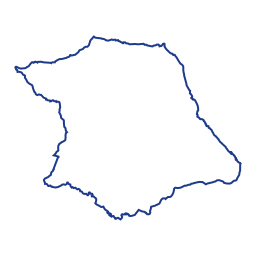 North Efate, Shefa, Vanuatu
{"feature_id": "77236927B73770222811595", "entity_name": "North Efate", "entity_type": "district", "adm_level": 2, "iso_a3": "VUT", "parent_name": "Vanuatu", "parent_adm1": "Shefa", "projection": "natural_earth1", "projection_center": [168.415, -17.573], "detail": "fine", "context": "isolated", "style": "outline", "palette": "blue", "viewbox_px": 256, "rotation_deg": 0, "n_neighbors": 0, "source": "geoboundaries", "source_scale": "gbopen_adm2", "svg_char_len": 5715}
<svg xmlns="http://www.w3.org/2000/svg" viewBox="0 0 256 256"><path d="M240.6,163.5L240.2,163.0L239.0,162.6L238.3,162.0L237.6,161.6L236.7,159.5L236.4,159.4L235.8,159.6L235.7,159.0L236.0,158.4L236.0,158.0L235.3,157.7L235.0,156.5L234.5,156.2L234.3,155.4L233.7,155.2L233.1,154.4L232.3,153.8L231.7,152.5L231.2,152.0L230.9,152.0L231.7,153.5L231.7,153.9L231.4,154.0L229.6,152.0L228.6,151.3L225.8,147.5L225.6,146.9L222.2,143.8L221.4,142.8L220.7,142.5L219.9,141.6L218.5,139.5L218.5,139.2L217.8,138.7L217.1,137.6L216.5,137.2L215.6,136.0L214.3,135.3L213.7,134.2L213.2,133.0L212.7,132.4L211.4,129.7L210.4,129.1L209.7,128.1L209.0,128.0L208.6,127.7L208.5,126.2L208.0,126.0L206.6,126.1L206.2,125.6L206.2,124.2L205.3,123.7L205.2,122.6L204.8,122.3L204.5,121.4L203.8,121.1L203.7,120.3L203.4,119.9L202.8,119.7L202.2,119.2L200.1,119.1L199.4,118.0L199.0,117.8L198.7,117.4L197.5,116.9L197.3,116.5L197.7,115.3L197.5,114.6L196.9,114.2L197.4,111.3L198.1,110.6L198.2,110.3L198.1,108.2L197.8,106.2L196.9,103.8L195.0,100.2L193.5,99.2L193.2,99.3L193.2,99.6L192.9,99.6L192.1,98.4L191.4,98.3L191.3,97.9L191.8,97.6L191.9,97.1L192.2,96.9L192.1,96.1L191.0,94.2L190.1,93.7L189.9,93.4L190.1,90.7L189.5,90.3L189.1,89.8L186.6,85.3L186.3,83.4L184.2,75.7L184.0,73.7L183.7,73.0L183.3,70.4L183.3,67.1L183.1,66.1L182.2,64.8L180.4,63.6L178.7,61.1L176.5,57.3L175.5,56.2L174.8,54.9L174.1,54.8L173.2,55.0L172.5,53.8L171.9,53.5L171.1,53.5L170.1,52.9L166.5,49.4L165.4,48.0L165.2,47.3L164.7,46.9L164.5,46.4L164.6,44.1L164.0,43.6L163.0,43.9L162.3,45.0L161.3,46.0L159.6,46.3L159.6,45.5L159.5,45.3L158.9,45.2L158.1,44.5L156.5,44.7L155.7,45.3L153.3,45.7L152.6,46.4L152.0,46.4L147.1,45.4L146.9,45.0L146.3,44.7L144.5,44.8L143.8,43.9L143.4,43.8L138.2,44.3L135.0,44.0L129.7,44.3L128.0,43.5L126.1,43.3L125.2,42.4L123.6,42.3L123.4,42.6L123.3,43.2L122.7,43.2L122.3,42.9L121.9,42.4L120.6,42.0L119.6,41.2L118.5,41.1L118.2,40.2L116.5,40.3L115.8,40.5L115.3,39.7L112.7,39.9L111.8,39.5L109.1,40.4L108.1,40.6L107.0,40.5L106.0,40.3L105.6,39.9L104.3,39.2L103.0,38.8L101.9,38.8L101.3,38.4L95.4,37.7L94.8,37.4L94.2,36.7L93.7,36.6L91.9,38.9L91.1,39.6L90.3,40.7L88.9,45.2L87.5,46.7L85.6,46.8L84.1,47.6L82.9,49.0L79.4,50.3L78.4,52.1L75.3,54.7L71.8,55.5L71.2,55.5L70.8,55.1L70.4,55.0L69.9,55.4L69.6,56.3L69.0,56.8L67.3,57.3L66.6,57.8L61.4,59.1L60.0,59.0L58.1,59.7L55.3,61.4L54.9,62.3L52.4,62.3L51.3,62.8L51.2,63.1L50.5,62.8L43.0,62.3L42.2,61.9L40.9,61.9L40.6,61.7L39.3,61.9L38.3,61.8L37.7,62.0L37.5,62.5L37.0,62.1L36.2,62.1L35.6,61.7L34.9,62.2L34.3,62.0L33.7,62.7L33.4,62.8L32.4,62.2L32.1,62.2L30.8,63.4L28.7,66.2L26.9,67.1L25.7,68.0L25.2,68.2L20.7,68.6L18.6,67.9L16.4,66.8L15.7,66.9L15.4,67.4L16.3,69.7L17.2,70.0L17.3,70.2L17.5,71.9L19.2,71.8L21.2,72.3L21.7,72.7L23.3,74.9L24.6,75.2L25.0,75.8L24.9,77.7L26.1,79.4L27.4,82.0L29.5,83.8L31.7,84.9L32.4,85.7L33.3,89.2L33.9,90.6L34.2,91.6L34.4,92.0L35.2,92.5L35.7,94.0L36.6,94.8L37.3,95.1L38.9,94.4L40.3,94.9L41.1,94.9L43.7,97.7L45.9,98.5L46.0,99.6L47.1,99.6L47.4,100.2L50.1,100.6L50.2,101.4L51.3,101.2L52.5,100.3L53.3,100.3L54.1,101.1L54.6,101.2L55.5,101.4L56.0,101.1L56.5,102.0L57.5,101.6L59.3,102.1L59.8,103.7L60.2,107.5L59.5,109.2L59.7,110.4L59.2,112.4L60.8,115.4L61.1,117.7L61.4,118.2L63.6,120.0L63.9,120.9L63.9,123.4L64.3,126.9L65.4,128.0L65.6,128.6L65.7,130.2L66.4,131.6L67.0,132.2L65.9,133.0L65.5,135.6L65.6,137.5L65.3,140.0L64.7,140.6L62.1,142.1L61.5,142.2L60.5,143.3L59.4,143.7L58.2,146.2L58.2,149.2L58.4,150.3L58.0,150.9L56.6,151.8L55.7,153.5L53.8,155.4L56.1,155.9L59.3,156.9L58.5,157.0L57.8,157.8L54.0,167.8L53.7,169.5L53.2,169.6L53.0,170.8L51.3,172.4L50.9,174.6L50.7,175.1L49.5,175.8L48.4,176.9L44.9,178.6L44.2,179.5L43.9,180.1L44.0,180.8L44.8,182.2L45.0,183.9L46.2,183.8L47.0,184.2L48.3,186.0L49.1,186.0L50.1,185.5L50.7,185.8L51.2,186.5L52.0,186.6L52.1,186.9L55.6,187.5L58.0,187.0L60.8,185.7L62.2,184.6L63.7,184.4L65.3,184.8L66.5,184.2L67.0,183.3L67.2,182.6L67.8,182.5L68.7,184.0L70.3,184.5L70.6,186.3L71.7,187.6L72.6,187.1L73.6,188.1L75.4,187.7L77.1,189.3L77.4,189.4L78.6,188.9L79.8,189.7L80.2,191.3L81.5,191.4L82.0,191.8L82.8,193.2L83.6,193.7L84.9,193.9L86.3,193.8L87.5,195.2L88.0,195.2L88.7,194.3L88.8,192.7L89.2,192.4L89.7,192.4L90.6,193.7L92.2,193.8L92.3,194.0L92.6,194.8L92.4,195.3L91.7,195.8L91.8,196.4L93.8,196.5L94.5,197.3L95.9,198.4L96.2,199.0L96.1,201.2L95.7,202.5L95.3,203.1L96.1,204.1L97.6,205.0L99.7,206.0L100.5,206.7L101.8,207.0L103.4,206.6L104.1,208.1L105.4,209.8L105.9,210.2L106.5,210.4L108.1,211.6L108.1,211.9L107.3,212.4L107.4,212.9L107.7,213.2L108.1,213.4L108.8,213.2L109.9,213.3L111.1,214.3L111.1,214.7L109.3,214.9L109.3,215.2L111.6,216.7L112.4,216.2L113.5,216.0L114.3,217.3L115.0,217.7L115.1,218.6L115.3,218.8L116.5,218.6L117.2,217.9L118.3,217.9L119.8,219.0L120.5,219.4L121.6,218.3L122.2,216.9L121.4,215.4L121.6,214.7L122.3,214.2L123.0,214.5L125.5,214.4L124.9,213.9L125.4,213.4L126.5,213.4L128.2,214.1L128.8,214.6L129.1,215.7L129.9,216.0L131.5,215.9L134.7,215.0L138.7,209.9L142.0,211.4L144.8,211.9L145.6,212.9L146.3,212.9L146.7,213.8L147.2,214.2L148.7,214.3L149.5,214.1L150.3,212.6L150.0,211.1L150.8,208.9L151.1,206.8L155.0,205.7L159.4,203.6L161.3,199.7L162.2,198.8L162.9,198.4L165.1,198.4L165.6,199.0L166.7,198.0L168.0,197.0L169.9,197.0L171.1,196.4L172.5,194.5L173.4,192.5L174.0,190.0L174.1,188.8L175.0,187.8L175.6,187.7L177.0,188.0L178.6,188.0L180.8,187.6L184.6,185.7L186.0,185.7L188.8,184.7L190.4,184.6L191.3,183.7L193.1,183.5L193.8,183.1L199.3,181.9L201.8,182.1L202.4,182.0L205.9,184.3L207.1,183.6L213.0,182.2L213.8,181.8L215.3,181.5L216.9,180.4L218.1,180.2L219.2,180.2L222.2,181.2L223.3,181.7L224.1,182.9L226.8,183.5L230.2,183.5L231.4,182.9L233.9,180.8L236.1,180.4L236.7,179.6L237.3,178.1L239.2,174.9L239.5,172.6L240.1,170.6L240.2,164.5L240.6,163.5Z" fill="none" stroke="#1e3a8a" stroke-width="2"/></svg>